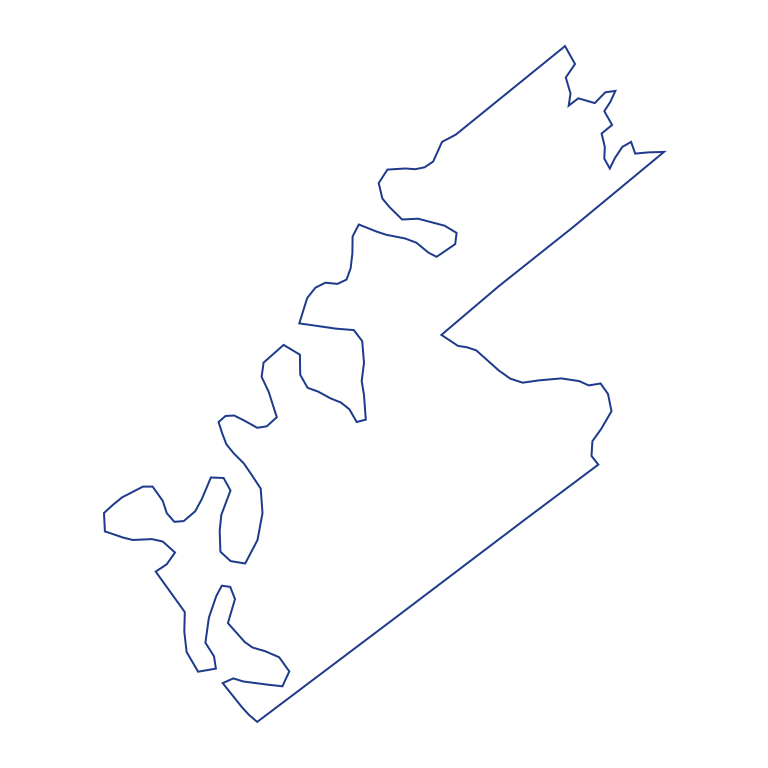 Godoy Moreira, Paraná, Brazil (Equal Earth projection)
{"feature_id": "56859067B87274416555752", "entity_name": "Godoy Moreira", "entity_type": "district", "adm_level": 2, "iso_a3": "BRA", "parent_name": "Brazil", "parent_adm1": "Paraná", "projection": "equal_earth", "projection_center": [-51.924, -24.155], "detail": "fine", "context": "isolated", "style": "outline", "palette": "blue", "viewbox_px": 768, "rotation_deg": 0, "n_neighbors": 0, "source": "geoboundaries", "source_scale": "gbopen_adm2", "svg_char_len": 2076}
<svg xmlns="http://www.w3.org/2000/svg" viewBox="0 0 768 768"><path d="M155.7,571.6L184.8,612.1L184.3,631.7L186.6,652.0L198.1,671.7L215.9,668.6L214.0,656.3L205.4,642.7L208.9,617.6L216.3,596.0L221.8,585.7L230.2,586.9L235.0,599.1L227.9,623.1L244.7,642.0L252.5,647.5L265.4,651.3L279.2,657.3L289.3,671.4L282.4,686.3L267.2,684.6L243.4,681.5L233.3,678.4L222.7,683.1L242.0,707.3L249.3,715.2L257.2,721.9L392.4,620.0L525.4,519.2L598.3,464.6L591.5,456.0L592.4,441.2L601.2,428.9L611.5,411.2L608.0,394.0L600.6,383.5L588.7,385.4L579.2,381.1L561.3,378.4L538.6,380.4L522.7,382.7L510.4,378.7L498.8,370.5L476.3,350.4L467.1,347.3L458.0,345.9L441.4,334.9L498.4,286.5L573.7,226.6L664.0,151.9L648.0,152.4L635.2,153.6L631.1,141.9L622.3,146.9L615.0,157.9L609.8,168.5L604.3,158.6L604.8,146.9L601.6,133.5L612.1,124.9L604.3,111.2L610.3,101.9L615.4,90.9L605.3,92.3L594.8,103.1L578.3,98.3L568.7,105.7L570.5,93.5L565.8,77.5L575.0,64.0L565.0,46.1L455.7,134.7L442.0,141.9L433.2,161.5L424.6,167.3L415.3,169.2L405.3,168.5L387.4,169.6L378.7,183.1L382.4,198.6L389.6,207.2L402.1,219.5L418.0,218.7L444.6,225.7L456.6,232.9L455.2,244.1L436.6,256.8L428.5,252.7L416.4,242.7L404.8,238.4L386.4,234.8L376.9,231.7L358.8,224.5L352.6,236.5L352.4,253.2L350.6,268.5L346.5,279.6L337.4,283.9L325.4,282.7L315.4,287.7L307.2,298.0L299.3,323.4L335.6,328.6L353.8,330.1L362.2,341.1L364.0,362.6L361.7,381.1L364.0,395.2L365.8,419.6L356.7,422.0L349.4,409.3L341.0,402.6L330.4,398.3L318.1,391.6L307.6,387.8L300.2,374.8L299.9,354.7L283.6,344.9L263.6,362.6L261.6,376.8L268.6,391.6L276.8,417.2L266.8,426.3L257.2,427.8L243.8,420.3L234.1,415.5L225.5,416.0L218.6,422.0L222.3,433.7L226.4,444.3L233.8,453.4L243.8,463.4L250.4,473.0L260.7,488.6L262.5,513.0L257.5,540.0L245.2,563.5L230.6,561.1L220.4,551.7L219.7,530.9L221.3,514.9L230.5,490.5L223.6,478.0L210.9,477.5L201.8,499.1L195.2,511.3L183.7,521.1L174.3,521.8L166.8,513.2L162.7,500.8L152.6,486.6L143.0,486.6L122.3,497.2L112.6,505.1L104.0,513.0L104.9,531.4L123.2,537.6L133.0,540.0L151.8,539.1L162.7,541.5L175.0,552.5L166.8,564.2L155.7,571.6Z" fill="none" stroke="#1e3a8a" stroke-width="2"/></svg>